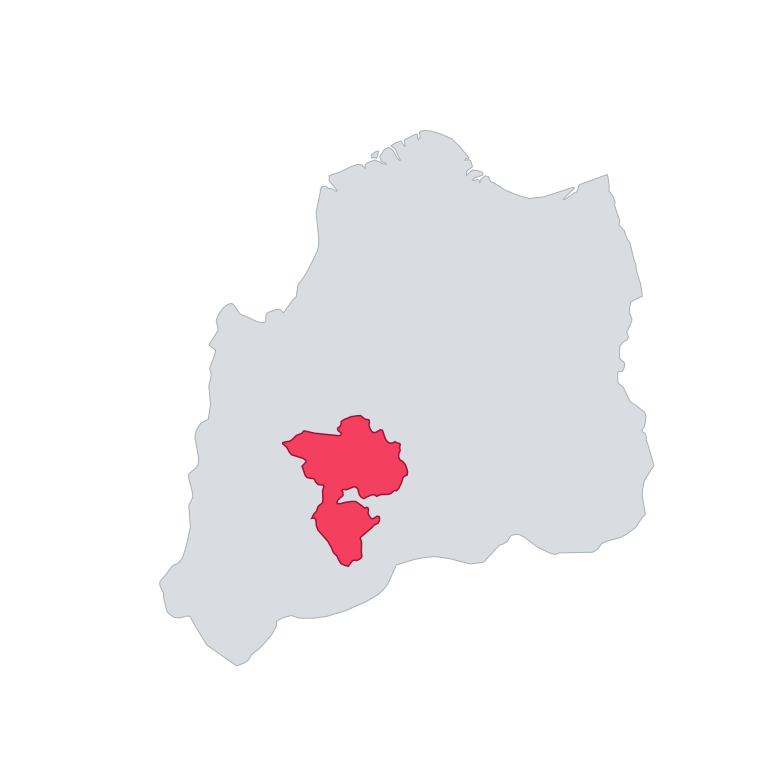 location of Bauchi within Nigeria, rotated 161°
{"feature_id": "NGA-2858", "entity_name": "Bauchi", "entity_type": "State", "adm_level": 1, "iso_a3": "NGA", "parent_name": "Nigeria", "parent_adm1": "", "projection": "albers", "projection_center": [9.972, 11.0], "detail": "fine", "context": "in_parent", "style": "filled", "palette": "rose", "viewbox_px": 768, "rotation_deg": 161, "n_neighbors": 0, "source": "natural_earth", "source_scale": "10m", "svg_char_len": 5946}
<svg xmlns="http://www.w3.org/2000/svg" viewBox="0 0 768 768"><g transform="rotate(161 384 384)"><path d="M615.1,165.5L636.5,194.8L641.3,216.8L643.1,227.6L646.7,228.9L653.3,229.3L658.1,231.4L661.0,235.0L662.8,238.3L663.2,240.3L662.0,253.6L660.5,258.4L661.5,264.9L661.2,267.7L660.5,269.6L657.6,271.8L653.6,274.0L644.1,280.4L641.4,281.4L637.4,281.6L633.9,283.2L629.8,286.7L621.0,299.4L613.5,312.2L608.1,332.8L601.5,339.3L600.3,345.0L599.4,357.8L598.4,361.7L597.3,362.9L590.1,365.4L585.9,368.4L583.4,374.2L580.4,393.9L579.3,397.2L576.9,400.7L573.2,404.4L570.0,406.5L561.6,407.9L553.8,422.8L553.7,425.4L550.3,438.9L544.2,449.1L543.8,455.6L536.2,464.6L532.2,470.7L536.3,477.0L536.7,478.0L523.5,488.8L522.7,490.5L522.2,497.9L521.1,499.9L518.7,502.6L515.2,505.6L511.5,508.0L507.4,509.6L503.5,510.2L501.2,509.3L500.0,507.0L497.7,498.0L496.6,496.0L494.0,494.3L483.8,484.3L477.6,480.8L476.2,481.0L475.2,482.0L473.5,487.1L471.7,488.9L468.5,489.6L462.8,489.6L458.7,488.9L457.8,487.9L455.8,484.0L443.1,493.1L438.6,495.1L433.0,505.9L425.0,511.2L419.4,515.9L404.6,530.5L401.6,534.8L398.7,541.3L392.2,568.7L381.9,585.9L380.5,589.5L379.9,589.4L378.5,590.9L374.6,589.9L372.8,586.7L370.4,586.2L366.2,581.5L365.3,582.3L369.7,594.1L368.0,598.8L355.4,598.8L344.6,600.3L337.2,600.1L333.4,598.4L331.8,593.9L331.2,594.4L330.8,596.7L328.4,598.6L320.1,598.9L316.4,595.8L313.5,592.4L310.3,590.9L310.8,592.3L314.4,595.6L313.9,600.4L307.1,605.8L302.8,606.1L300.2,603.7L298.9,599.8L298.3,594.1L296.6,590.3L295.6,590.3L296.7,596.5L296.7,602.3L299.9,606.9L294.9,608.2L289.0,608.3L288.3,606.6L287.6,602.9L286.6,601.9L285.3,608.2L273.2,609.9L271.5,609.6L271.1,608.4L272.1,606.6L271.9,603.8L269.2,606.0L268.7,610.3L267.2,611.0L262.6,610.3L257.6,608.0L249.5,602.4L239.6,593.2L238.0,589.2L235.2,584.2L230.2,570.4L231.2,569.8L233.5,570.6L234.6,569.3L230.5,568.3L229.6,567.3L229.4,564.3L229.6,560.6L236.0,558.7L237.5,556.5L238.3,554.3L230.5,557.6L223.3,553.6L221.8,551.2L222.6,549.4L231.0,549.4L234.0,547.7L232.2,547.1L229.0,547.1L227.8,545.9L228.0,543.1L226.9,543.7L225.5,546.2L220.6,547.9L217.8,546.1L217.5,542.0L216.9,540.1L214.6,538.6L206.2,527.7L195.6,518.5L186.2,512.1L171.8,508.9L141.6,508.4L140.0,507.5L141.8,506.1L144.5,505.2L154.3,500.4L152.7,499.7L142.5,502.6L139.1,502.9L134.5,508.8L104.8,509.4L104.9,506.7L106.4,498.8L108.4,493.3L106.5,486.6L106.2,480.6L107.5,478.8L107.9,476.5L108.0,461.0L109.7,458.8L109.7,457.2L106.8,450.6L107.0,445.5L106.5,440.6L105.5,438.3L107.2,419.5L106.9,414.8L108.0,411.5L108.7,403.4L108.8,395.4L111.0,382.9L123.7,381.5L126.9,376.6L128.8,370.4L128.4,364.2L132.6,358.9L137.6,354.2L137.5,348.9L138.9,347.3L141.3,346.2L144.7,345.6L148.5,343.1L150.7,338.5L152.9,331.2L149.8,326.0L149.9,324.8L151.1,322.1L153.2,319.4L154.8,318.5L158.4,319.3L159.6,318.3L162.1,310.2L161.9,308.0L158.7,302.5L157.1,287.7L156.1,285.8L153.6,283.0L146.8,272.5L147.0,267.6L150.1,261.4L152.1,258.4L154.8,256.8L155.4,255.3L154.6,253.6L153.3,252.2L153.0,249.4L154.4,245.5L154.2,241.1L155.3,219.0L161.0,214.7L169.4,207.7L173.8,200.2L176.1,194.5L179.3,175.6L183.7,173.6L192.1,166.8L203.4,163.0L210.7,161.8L223.4,162.9L229.9,162.3L235.5,158.6L238.0,157.6L241.5,157.0L273.3,167.3L276.2,166.9L278.6,167.6L282.5,170.3L291.8,179.6L301.5,193.9L304.6,197.0L307.6,198.7L310.8,199.3L313.1,199.2L315.4,197.8L318.5,195.1L323.2,193.9L327.1,194.2L347.0,183.5L349.0,183.3L361.2,185.8L377.7,196.8L391.3,204.0L400.9,206.5L412.1,208.2L431.3,208.8L445.7,193.4L451.1,190.1L457.5,187.0L470.9,184.2L493.2,182.2L514.1,182.9L527.1,185.5L540.8,190.4L546.7,195.2L556.0,195.9L562.7,194.9L564.8,190.1L571.4,183.8L581.3,177.9L589.4,173.8L596.1,171.9L602.1,167.2L606.8,165.7L615.1,165.5ZM320.8,605.0L316.2,606.4L313.2,606.0L317.4,599.8L319.4,601.2L322.1,601.7L320.8,605.0Z" fill="#d9dde1" stroke="#a8b0b8" stroke-width="1"/><path d="M495.7,361.4L492.4,360.6L489.4,361.1L483.6,363.9L477.7,364.1L475.2,365.7L473.7,365.1L465.9,360.2L443.1,349.6L441.6,349.9L440.9,350.3L440.3,351.4L442.1,354.0L442.7,355.7L442.3,357.2L439.2,358.4L438.0,359.4L436.7,362.4L435.0,363.0L433.2,363.4L425.8,363.8L419.2,362.6L416.3,361.6L414.7,358.8L412.6,356.3L410.9,355.8L409.8,354.7L410.0,353.2L410.6,351.8L411.5,350.6L411.8,349.1L411.6,345.3L410.6,342.0L407.7,340.9L402.3,341.9L400.5,340.7L400.6,333.1L400.4,330.8L399.5,328.2L397.8,326.1L395.1,325.4L392.4,325.9L391.4,324.7L390.3,323.7L388.9,322.9L388.3,321.7L389.9,318.9L390.4,315.8L392.6,313.4L393.9,310.3L393.6,307.1L391.5,304.5L390.1,300.9L390.0,296.9L390.3,293.4L391.7,290.4L394.5,290.2L396.2,289.5L397.5,288.1L399.3,285.4L404.1,280.4L407.2,279.0L407.9,279.5L408.7,279.9L409.5,279.7L413.0,278.3L415.8,278.3L418.6,279.1L421.5,280.3L424.5,280.5L427.4,280.1L429.2,282.4L431.5,283.2L437.5,282.8L440.2,282.1L442.2,284.0L443.3,286.9L443.3,289.9L442.9,293.0L443.9,295.6L446.6,296.7L453.9,296.2L455.5,297.0L457.4,297.7L458.6,296.9L458.1,295.1L459.1,291.9L464.2,289.9L465.8,288.9L466.9,287.6L467.1,286.1L463.8,285.0L459.8,284.8L452.4,283.4L449.0,282.1L444.6,276.1L442.6,272.7L441.9,273.0L440.3,273.0L439.4,271.7L439.6,270.1L441.1,267.3L441.1,265.6L440.4,262.2L439.7,260.7L438.1,260.3L436.4,260.5L433.6,261.3L431.6,260.0L432.6,256.5L435.1,254.2L439.0,253.9L440.5,253.1L442.1,252.2L456.2,246.7L456.9,245.1L456.5,243.2L456.8,241.6L460.2,232.2L460.6,230.1L461.2,228.1L462.3,227.1L463.7,226.5L467.2,225.9L468.6,226.8L471.1,227.4L477.2,223.3L480.3,225.5L483.0,228.1L483.6,229.9L484.3,233.6L484.4,235.5L484.6,237.2L485.6,238.7L486.5,240.5L486.8,242.5L486.9,245.8L488.3,253.4L493.9,267.2L494.2,271.2L492.6,278.5L493.8,280.1L496.1,280.5L495.2,281.2L494.4,282.2L493.3,283.4L488.9,286.0L486.7,289.1L485.2,290.2L481.7,291.3L480.3,292.5L478.9,296.0L477.3,301.6L476.6,303.4L474.2,306.8L474.1,308.1L479.0,310.3L480.5,313.5L481.0,317.3L484.3,318.8L487.3,320.7L488.3,323.5L488.2,330.1L488.4,331.6L488.3,332.9L483.0,335.7L482.7,337.2L484.7,340.0L494.3,347.1L495.7,350.2L496.1,353.3L496.8,356.2L498.2,358.9L499.2,360.2L498.9,361.4L495.7,361.4Z" fill="#f43f5e" stroke="#9f1239" stroke-width="1.5"/></g></svg>